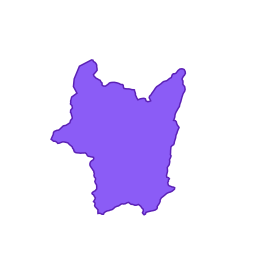 São Sebastião do Paraíso, Minas Gerais, Brazil, rotated 46°
{"feature_id": "56859067B47748239020131", "entity_name": "São Sebastião do Paraíso", "entity_type": "district", "adm_level": 2, "iso_a3": "BRA", "parent_name": "Brazil", "parent_adm1": "Minas Gerais", "projection": "equal_earth", "projection_center": [-46.997, -20.902], "detail": "fine", "context": "isolated", "style": "filled", "palette": "violet", "viewbox_px": 256, "rotation_deg": 46, "n_neighbors": 0, "source": "geoboundaries", "source_scale": "gbopen_adm2", "svg_char_len": 3997}
<svg xmlns="http://www.w3.org/2000/svg" viewBox="0 0 256 256"><g transform="rotate(46 128 128)"><path d="M125.0,47.0L123.5,47.6L122.5,48.5L121.6,49.8L121.4,52.1L121.7,53.9L121.9,55.6L121.3,56.8L120.5,57.7L120.4,59.0L121.0,60.3L121.8,61.8L121.2,63.8L121.1,65.6L120.9,67.3L120.1,68.7L119.3,70.2L119.1,71.6L119.1,73.4L118.9,74.7L118.6,76.7L118.2,78.6L118.4,80.7L118.9,82.7L119.4,85.3L119.6,86.7L120.1,88.3L120.1,90.4L121.0,91.8L122.9,92.3L124.2,92.8L123.7,94.2L122.7,95.6L120.9,96.2L119.1,95.2L117.7,95.9L116.6,97.3L115.5,99.0L114.6,101.3L112.4,100.8L111.0,100.2L109.5,99.8L108.5,98.8L107.0,98.0L106.0,97.6L105.0,96.9L104.0,97.7L103.1,98.6L102.1,99.1L100.6,100.1L99.1,101.6L97.9,102.6L96.8,103.4L95.4,102.9L94.0,101.8L93.0,101.7L91.7,102.9L89.6,103.6L87.8,104.6L85.9,105.9L84.8,107.0L83.4,108.7L82.7,110.1L82.7,112.1L82.2,115.2L80.6,116.6L79.1,116.8L77.6,115.4L75.9,115.4L74.4,114.9L72.9,115.5L71.5,115.8L70.1,116.4L68.9,116.3L67.8,116.5L66.7,116.3L65.6,115.8L65.5,114.1L65.3,112.0L65.0,110.1L63.6,108.9L62.2,108.0L61.0,106.8L59.5,106.3L57.8,106.2L56.1,106.7L54.9,106.1L53.7,106.9L49.8,120.0L55.3,132.6L60.3,138.5L61.5,138.8L67.5,140.5L66.6,147.0L68.7,150.5L70.0,151.6L70.7,152.7L73.0,152.8L75.1,154.2L75.3,156.8L76.9,158.6L77.9,158.6L79.2,159.5L81.3,160.5L82.4,161.5L82.6,164.0L83.9,166.2L83.0,170.7L81.5,173.1L81.5,178.0L81.3,179.5L80.3,180.7L79.2,183.5L79.7,185.1L80.6,186.0L82.7,191.2L84.2,190.9L85.7,190.8L87.0,189.6L88.6,189.1L90.3,189.2L91.3,187.7L91.8,186.4L92.6,184.6L93.6,183.7L94.6,183.0L95.7,182.3L96.8,181.6L98.1,181.6L99.4,181.6L100.8,181.4L102.7,181.2L104.2,181.9L105.6,182.0L106.6,182.6L107.9,183.1L109.6,182.6L110.8,181.6L111.9,180.6L113.3,179.5L114.0,178.5L115.0,177.5L116.1,176.1L117.5,175.8L118.6,176.1L119.7,176.4L120.8,176.2L121.8,175.4L123.0,174.7L124.0,173.9L125.2,173.2L126.4,174.0L126.7,175.5L126.3,177.0L126.4,178.8L127.3,180.3L128.3,181.2L129.4,181.6L130.9,181.9L132.4,182.1L134.1,182.5L135.3,182.6L136.3,183.4L137.4,183.9L138.4,185.4L139.9,186.2L141.5,186.2L142.6,187.3L143.4,189.0L145.2,189.8L147.0,190.1L148.5,191.3L150.1,192.9L150.3,195.3L149.7,197.3L149.8,199.2L150.9,199.6L152.1,199.2L153.4,199.6L154.5,199.9L155.6,200.0L156.4,201.6L157.0,204.0L158.4,203.7L159.6,204.3L160.7,206.0L162.1,206.4L163.2,206.3L164.3,206.4L165.9,206.4L167.4,207.9L168.6,209.0L169.4,207.9L170.4,207.1L172.0,206.6L173.0,205.5L172.4,204.2L172.6,202.3L173.3,200.4L174.3,198.9L174.8,197.6L175.6,196.3L175.9,194.6L175.9,192.4L176.6,190.4L177.4,189.1L177.8,187.5L177.9,186.1L178.5,184.8L179.5,184.1L180.6,182.6L181.1,180.7L182.0,179.2L183.8,179.0L185.0,178.8L185.8,178.0L186.8,177.4L188.4,176.7L189.6,175.2L190.1,173.7L191.5,173.4L193.2,173.2L194.5,173.5L195.6,173.6L197.0,173.5L198.3,174.6L199.0,176.5L200.1,176.7L201.6,176.7L202.0,175.2L201.2,173.7L202.0,172.0L202.9,170.5L203.8,168.9L204.9,167.3L205.9,165.4L206.2,163.3L205.6,162.2L204.7,161.5L204.4,160.0L204.0,158.0L203.2,156.0L202.0,154.7L201.4,152.5L201.6,150.7L201.8,148.4L202.0,145.4L202.7,143.4L203.5,142.0L204.1,140.1L204.2,138.6L204.3,137.1L203.4,135.9L202.2,136.3L200.9,137.3L199.4,137.9L198.4,138.5L197.0,138.6L195.9,138.0L194.8,137.3L194.4,135.9L193.5,135.1L193.3,133.5L191.9,133.4L190.3,134.3L188.9,133.3L188.1,132.1L187.4,130.9L186.7,129.8L185.8,128.9L184.8,128.1L183.7,127.2L183.3,125.4L183.1,124.0L182.3,122.8L181.3,121.4L179.6,120.1L178.9,118.1L178.0,116.4L176.6,116.0L175.3,114.5L173.9,113.1L172.6,111.6L171.4,110.2L171.3,108.3L171.7,106.8L171.2,105.6L170.1,104.1L169.1,102.3L168.2,100.6L167.2,99.4L166.4,98.2L165.7,96.4L164.7,94.7L163.9,92.9L163.2,91.0L162.0,90.6L160.6,90.6L159.2,90.1L158.1,89.6L157.0,88.9L155.5,88.9L154.2,89.9L153.6,88.5L152.6,86.7L151.1,84.9L150.3,83.3L149.8,81.9L149.2,79.8L148.6,77.8L148.3,76.2L147.2,74.7L146.5,73.5L145.8,71.9L144.7,70.1L143.2,67.6L141.7,64.7L141.3,63.4L140.9,61.7L139.9,60.1L138.9,59.4L137.6,58.5L136.5,58.4L134.7,58.2L133.6,57.0L132.3,55.8L130.9,55.5L130.0,54.6L129.3,52.2L129.2,50.6L128.5,48.7L127.0,47.6L125.0,47.0Z" fill="#8b5cf6" stroke="#5b21b6" stroke-width="1.5"/></g></svg>